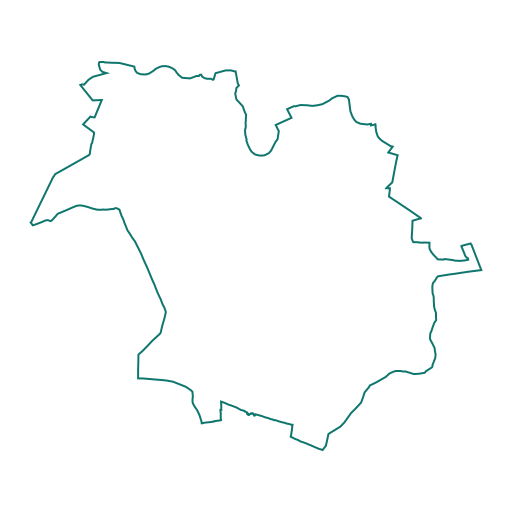 outline of Zabrani, Arad, Romania
{"feature_id": "2599482B97657838869251", "entity_name": "Zabrani", "entity_type": "district", "adm_level": 2, "iso_a3": "ROU", "parent_name": "Romania", "parent_adm1": "Arad", "projection": "equal_earth", "projection_center": [21.569, 46.052], "detail": "fine", "context": "isolated", "style": "outline", "palette": "teal", "viewbox_px": 512, "rotation_deg": 0, "n_neighbors": 0, "source": "geoboundaries", "source_scale": "gbopen_adm2", "svg_char_len": 5932}
<svg xmlns="http://www.w3.org/2000/svg" viewBox="0 0 512 512"><path d="M322.6,450.0L325.9,445.7L328.5,433.9L340.4,426.6L344.5,422.3L351.1,413.0L355.0,409.2L361.1,402.6L363.2,396.9L364.6,392.4L369.0,387.1L369.8,385.5L376.0,382.5L385.8,376.9L389.3,373.6L393.4,371.7L395.8,371.0L400.6,371.0L403.6,371.6L405.3,371.4L410.7,373.1L414.1,374.1L419.4,373.7L424.6,372.8L425.9,371.3L426.9,370.6L431.6,367.6L432.3,366.8L432.7,364.3L433.3,363.0L435.2,358.2L435.6,354.7L435.2,352.2L434.8,350.2L434.6,348.0L432.6,343.9L430.5,340.1L430.0,338.6L430.1,335.4L430.4,333.2L431.5,330.9L432.5,327.7L434.4,322.6L436.2,320.1L436.0,317.7L436.0,313.0L434.7,309.4L434.1,306.5L433.8,301.6L433.7,297.1L433.2,294.9L432.6,293.5L432.3,286.6L432.9,283.2L434.8,280.9L436.6,277.9L438.0,276.3L449.9,274.4L454.0,273.9L467.8,271.8L481.3,270.1L475.0,253.8L471.5,244.8L470.7,243.8L470.6,243.5L461.5,245.9L461.4,246.5L462.7,249.4L464.5,253.9L465.2,255.8L466.3,257.3L468.0,258.4L468.2,259.7L464.4,260.5L459.8,260.9L454.6,260.6L453.1,260.1L445.2,259.1L444.1,259.2L443.7,259.6L437.9,259.4L433.1,254.4L431.1,251.7L429.6,248.9L429.4,247.0L429.5,242.7L423.7,242.5L422.8,242.7L418.7,242.5L418.1,242.2L413.4,242.2L413.1,242.0L411.8,238.7L411.7,237.8L412.3,227.6L412.5,220.8L415.9,219.7L420.9,218.4L420.8,218.1L409.2,210.1L389.0,196.6L390.0,188.3L386.3,188.2L386.5,187.9L392.3,182.3L394.2,172.0L396.1,162.1L397.6,155.2L388.3,152.5L392.7,146.6L392.4,146.5L390.7,146.2L386.2,143.4L382.9,141.4L380.9,139.9L378.7,137.7L377.7,136.2L376.6,133.1L376.1,131.0L375.5,126.7L375.7,126.2L375.6,125.9L375.4,124.3L373.3,124.9L371.0,125.4L370.9,123.8L367.4,124.5L360.3,123.7L356.4,122.0L354.3,119.7L352.3,116.3L350.4,111.3L348.9,99.4L347.5,97.0L344.9,96.3L341.1,95.8L337.4,95.8L332.0,98.4L329.2,100.6L322.3,104.2L317.2,105.3L312.5,105.9L307.3,105.3L300.6,105.0L295.4,106.3L293.8,106.2L287.1,109.2L291.5,117.8L275.7,125.0L278.8,131.1L277.5,139.4L275.6,141.7L271.1,150.6L268.8,153.2L264.5,155.3L261.5,155.6L259.1,155.5L254.9,154.4L251.5,151.6L249.9,149.1L247.8,144.7L246.4,140.6L246.6,139.6L245.4,134.9L245.0,130.5L245.8,126.6L245.6,123.3L245.8,120.6L246.1,114.6L245.0,112.6L242.7,106.2L236.4,99.4L235.2,93.4L236.0,91.3L236.4,88.0L238.9,85.4L237.8,83.5L235.6,71.4L234.1,71.3L231.2,70.4L225.7,70.4L215.5,73.2L213.7,79.3L212.9,79.8L211.2,78.8L207.4,78.8L204.7,78.2L202.0,76.5L201.2,74.7L199.8,74.8L198.9,76.0L196.6,76.0L190.0,78.4L182.2,77.8L178.2,74.6L178.0,74.1L176.7,72.7L175.2,70.3L172.9,68.6L170.5,67.4L168.0,66.5L165.5,66.1L162.3,66.2L159.8,66.9L156.1,68.6L153.0,71.1L149.2,73.5L146.1,74.4L142.8,74.4L140.3,74.1L137.4,73.0L135.9,71.5L134.9,69.6L134.3,66.6L119.6,63.0L114.8,62.8L112.7,62.8L104.5,62.4L103.8,62.0L99.6,62.0L99.1,62.4L98.8,64.8L100.2,69.6L102.3,71.8L106.5,73.1L92.9,76.8L88.5,79.8L84.0,84.7L82.2,84.3L80.3,85.0L92.7,100.4L101.8,100.0L94.6,117.4L91.5,117.0L90.3,116.6L89.4,117.7L83.1,124.4L94.0,132.5L93.9,134.8L92.1,142.9L91.4,144.0L90.2,150.5L89.8,153.9L89.1,155.0L55.1,174.2L54.2,175.8L53.0,177.4L31.2,222.2L30.7,222.5L32.8,225.3L34.5,224.8L39.5,223.0L43.6,221.3L45.1,220.6L45.8,220.4L47.0,220.2L47.8,220.2L48.3,220.3L50.5,221.0L50.8,221.0L51.3,220.8L52.1,220.1L55.7,216.2L57.1,214.5L57.7,213.9L58.4,213.5L59.4,213.0L60.6,212.6L68.2,209.4L70.8,208.2L75.8,206.1L76.9,205.8L77.8,205.6L80.2,205.4L83.3,205.8L85.2,206.3L87.5,206.9L92.4,208.5L96.8,209.6L98.2,209.7L99.4,209.8L102.2,209.7L103.4,209.5L104.1,209.7L106.2,209.7L107.4,209.6L111.0,209.1L113.4,209.0L114.5,208.6L115.2,208.1L115.8,208.1L117.0,208.4L119.4,209.6L121.6,216.0L122.3,217.2L122.7,218.1L123.5,220.1L124.0,221.4L124.2,222.3L126.1,226.8L127.3,230.0L127.8,230.8L129.9,233.9L130.7,235.2L132.1,237.5L134.2,240.4L134.9,241.3L141.2,253.9L143.4,259.3L147.5,268.3L150.5,275.6L152.5,280.4L155.1,286.1L155.3,287.0L157.7,293.0L160.6,299.1L162.9,305.0L164.1,307.0L165.7,311.4L165.7,312.9L164.4,318.5L162.7,324.2L161.7,328.1L160.9,331.8L160.3,333.4L152.3,340.8L147.4,346.0L142.4,351.1L138.5,354.5L138.4,356.1L138.3,363.2L138.1,370.2L138.1,378.4L143.6,378.5L165.7,380.4L173.0,381.7L185.4,386.6L187.8,388.1L191.3,390.5L192.5,392.0L192.6,394.1L192.9,396.4L192.6,398.5L192.5,400.4L192.6,402.4L193.3,404.2L194.2,405.9L197.2,410.3L199.4,414.9L201.4,421.1L201.7,423.3L202.2,423.3L202.7,423.2L203.5,422.9L206.0,422.5L207.4,422.4L211.0,422.0L212.9,421.7L213.4,421.6L213.6,421.6L213.9,421.3L214.1,421.4L214.3,421.4L214.4,421.2L214.8,421.2L215.7,421.0L216.9,420.9L217.4,420.7L219.1,420.6L221.1,420.1L221.1,419.9L220.8,418.8L220.7,418.5L220.7,417.9L220.8,416.6L220.7,415.2L220.8,414.7L220.7,414.4L220.8,413.4L220.8,413.0L220.5,411.7L220.4,410.8L220.4,410.1L220.4,409.9L221.3,409.9L221.2,409.1L221.3,408.1L221.1,401.6L224.7,402.9L228.9,404.8L231.0,405.4L236.5,407.5L240.8,409.9L243.8,410.7L244.5,410.9L244.7,411.1L244.7,411.4L244.8,411.5L245.6,411.7L246.2,412.2L246.9,412.3L247.3,412.5L247.2,413.3L247.1,413.9L247.3,414.0L247.8,413.9L248.2,414.1L248.4,414.3L248.2,414.8L248.6,415.0L249.2,414.9L249.3,414.7L249.5,414.5L249.5,414.4L249.4,414.2L249.8,414.3L250.3,414.0L250.8,414.0L251.2,413.2L252.2,413.2L252.8,413.5L253.2,413.5L253.3,413.6L253.0,413.9L253.0,414.0L253.4,414.3L253.5,414.5L254.2,414.8L254.3,414.9L254.1,415.2L254.1,415.5L254.3,415.7L254.6,415.7L254.8,415.5L254.9,415.4L254.9,415.0L255.0,414.9L255.3,414.9L255.4,414.4L255.5,414.3L261.6,416.0L265.4,417.4L267.9,418.0L269.4,418.6L271.5,419.3L271.9,419.3L272.4,419.4L272.9,419.7L273.3,419.7L273.8,420.1L274.5,420.2L275.2,420.1L278.4,421.2L282.5,422.4L283.9,422.6L285.6,423.2L286.2,423.3L287.2,423.7L288.6,423.9L289.6,424.1L291.4,424.8L291.8,424.8L292.3,424.8L292.5,424.8L292.2,426.3L292.1,428.3L291.8,430.5L291.3,433.8L290.7,436.8L292.4,437.5L293.2,438.0L296.2,439.4L297.8,439.9L299.8,441.1L301.2,441.7L301.9,441.9L303.8,442.5L305.0,443.0L307.3,443.8L308.0,444.3L310.4,445.1L312.2,446.0L312.7,446.1L313.2,446.4L313.5,446.5L314.2,446.9L314.9,447.1L315.5,447.4L316.6,447.8L318.2,448.6L318.8,448.8L320.9,449.4L321.8,449.8L322.6,450.0Z" fill="none" stroke="#0f766e" stroke-width="2"/></svg>